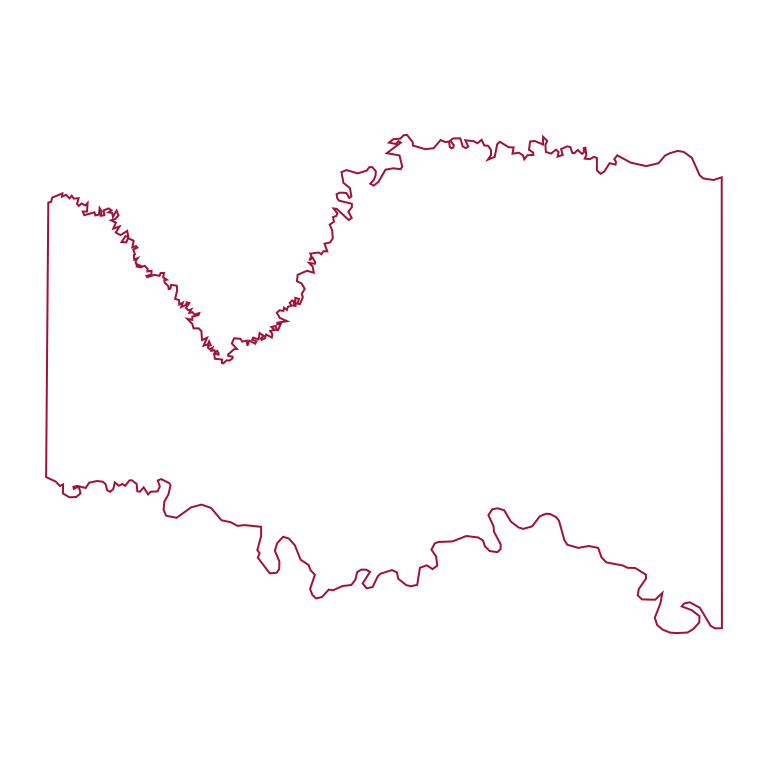 Puerto Arica, Amazonas, Colombia
{"feature_id": "7082276B12752174373355", "entity_name": "Puerto Arica", "entity_type": "district", "adm_level": 2, "iso_a3": "COL", "parent_name": "Colombia", "parent_adm1": "Amazonas", "projection": "mercator", "projection_center": [-71.635, -1.936], "detail": "fine", "context": "isolated", "style": "outline", "palette": "rose", "viewbox_px": 768, "rotation_deg": 0, "n_neighbors": 0, "source": "geoboundaries", "source_scale": "gbopen_adm2", "svg_char_len": 6089}
<svg xmlns="http://www.w3.org/2000/svg" viewBox="0 0 768 768"><path d="M721.9,628.2L721.7,177.3L713.5,180.0L703.2,178.4L699.6,175.2L691.9,157.8L683.6,151.9L677.7,150.9L669.9,153.2L665.0,155.6L658.6,163.2L646.2,166.1L630.9,162.7L617.3,155.4L614.3,159.1L616.0,161.9L615.5,164.6L609.6,163.2L604.3,171.5L600.5,173.8L596.9,170.3L596.9,157.9L593.8,156.9L589.9,159.2L584.7,158.6L586.3,155.2L585.4,147.7L583.7,148.1L584.0,152.2L582.1,153.9L577.7,150.0L574.4,153.1L572.4,153.0L570.3,147.0L567.0,146.4L561.1,149.1L562.7,154.9L557.6,156.7L558.6,152.1L556.1,149.6L551.0,153.6L545.9,152.0L545.4,144.7L547.2,140.9L543.1,136.8L543.0,144.5L534.9,141.0L530.1,141.5L529.0,149.8L533.1,152.5L533.4,154.9L527.3,155.3L524.3,159.3L523.0,155.3L518.8,152.7L512.5,153.7L513.6,147.4L508.9,147.3L499.8,141.8L497.2,144.2L494.7,156.9L487.8,159.7L491.0,155.1L491.0,150.0L488.1,145.8L484.2,145.4L481.6,139.8L477.4,143.3L473.8,141.2L465.3,140.3L468.3,146.6L465.8,148.1L462.7,146.4L460.3,138.4L453.2,138.4L450.3,140.6L453.8,145.2L453.4,147.5L451.4,148.2L449.9,147.2L449.0,141.5L445.2,142.1L440.6,140.0L433.7,148.2L425.3,149.2L413.0,145.6L412.6,142.0L407.0,134.9L403.7,135.2L400.3,138.6L393.3,139.2L389.0,142.6L395.9,144.0L398.5,141.1L400.8,142.6L386.8,153.2L399.5,155.4L402.2,166.6L400.7,169.2L393.2,168.3L385.5,169.7L378.5,181.8L373.7,185.6L370.2,183.7L374.0,179.6L375.6,175.1L375.8,171.2L372.2,167.1L369.3,167.2L366.8,170.5L357.9,173.4L346.6,170.1L341.5,172.1L343.4,182.8L349.9,188.0L351.4,196.5L349.2,198.0L346.4,193.0L340.1,192.6L336.6,194.1L337.1,197.9L339.1,200.7L351.8,203.7L351.9,207.2L348.4,211.6L351.7,218.0L348.7,220.0L336.9,208.9L333.6,208.5L337.4,213.3L336.2,216.0L333.0,217.1L334.0,221.7L329.7,224.6L332.2,230.2L332.8,238.4L330.0,242.5L324.5,243.7L327.3,251.4L323.4,251.3L321.4,254.2L318.7,252.5L310.3,253.6L311.5,256.1L309.3,260.3L312.7,257.8L315.3,262.4L314.7,263.8L309.1,262.9L312.7,266.7L313.8,272.7L306.9,270.8L297.7,274.8L296.9,281.2L301.7,283.5L304.7,288.9L301.8,293.8L302.8,297.3L300.0,304.0L297.4,303.7L299.0,298.9L295.3,297.9L295.5,305.9L293.8,305.6L293.8,301.1L292.2,300.4L289.7,303.0L291.8,305.6L287.9,306.9L286.8,310.0L284.1,307.7L283.4,310.9L279.5,310.3L276.8,312.8L279.8,317.9L287.1,321.2L277.3,322.7L277.3,324.4L280.7,324.0L278.1,330.1L276.7,330.0L275.6,326.0L271.4,327.0L274.7,329.9L270.2,331.0L272.4,334.3L271.8,337.5L266.2,334.5L264.9,338.4L261.6,339.8L260.9,338.4L263.7,335.9L259.6,333.1L258.5,339.4L253.2,337.6L252.2,339.6L256.4,341.2L255.2,343.7L249.2,340.6L247.4,345.8L246.8,340.6L242.4,341.6L240.4,338.8L234.1,338.3L231.8,343.4L236.9,349.0L233.9,349.3L228.1,354.5L228.4,356.1L232.5,356.6L232.6,358.3L229.5,360.6L226.6,360.3L223.3,363.4L221.8,362.9L222.2,359.5L214.9,358.8L214.1,353.8L218.5,354.6L218.6,353.3L217.2,350.9L215.2,352.7L214.5,350.2L211.4,350.8L212.5,347.8L209.9,349.4L208.0,347.7L208.1,346.0L210.7,345.2L209.1,341.4L207.8,344.4L203.6,345.7L207.0,337.8L202.0,340.1L201.4,331.2L198.7,328.3L193.6,328.4L192.2,323.8L187.3,318.8L192.3,319.8L192.3,316.6L198.5,315.1L199.2,313.1L194.5,314.5L192.5,312.2L189.4,312.9L191.3,309.3L188.5,310.3L186.0,308.0L189.3,303.0L186.8,302.3L185.9,305.0L181.2,307.0L182.8,302.7L179.2,304.5L179.1,300.1L175.1,298.8L177.2,290.3L176.7,285.7L171.2,284.9L170.4,288.6L168.7,289.1L168.3,286.1L164.5,282.4L164.3,280.2L166.8,279.7L163.1,277.3L164.0,272.9L160.6,273.1L159.5,275.8L154.3,274.9L147.2,277.2L146.5,275.9L151.4,274.7L151.5,270.8L147.4,271.4L147.7,269.1L144.8,265.8L140.5,267.4L136.7,266.5L136.9,265.2L138.8,266.6L140.8,265.9L136.0,263.8L135.7,260.8L137.6,258.2L134.2,259.6L133.7,255.2L135.0,254.4L133.3,249.5L137.4,247.6L136.0,246.1L132.4,247.3L133.6,240.7L128.1,238.2L126.3,242.3L121.5,242.1L125.4,236.2L128.3,236.9L127.2,230.9L120.5,235.1L115.8,232.5L119.5,226.5L113.3,228.6L115.9,222.6L111.1,220.3L115.5,218.9L118.5,215.4L116.6,210.6L112.9,216.8L112.2,212.9L108.5,212.4L111.4,210.3L108.7,208.4L103.6,210.4L104.4,215.2L100.9,215.8L101.5,211.3L99.6,208.1L99.0,214.6L95.4,215.4L94.4,212.3L84.3,215.2L82.7,211.6L87.0,211.5L87.6,203.0L85.3,205.4L81.4,203.5L78.8,205.9L77.0,204.0L78.6,198.2L73.8,198.6L71.7,195.7L69.5,198.3L66.1,194.8L62.0,196.6L62.4,193.4L52.2,197.6L51.1,201.9L48.3,202.5L46.1,477.1L55.6,481.5L60.0,486.0L63.1,484.4L62.9,493.4L69.4,497.3L76.2,497.0L80.5,493.4L79.2,487.9L77.0,487.1L73.9,488.9L73.4,486.8L77.6,485.9L85.7,488.0L89.1,482.7L97.1,481.0L103.1,481.8L105.7,484.4L107.2,490.3L110.1,491.8L113.3,489.0L114.8,482.4L118.9,485.7L122.4,484.0L125.1,485.9L129.5,480.4L131.9,480.3L136.7,484.0L137.3,491.3L139.9,491.7L143.7,487.4L148.1,494.4L150.8,491.7L157.6,491.4L159.8,486.5L157.8,480.5L161.1,479.1L169.3,483.1L170.5,485.4L168.5,494.3L164.3,501.8L163.6,509.9L166.1,515.7L176.6,517.8L191.2,507.3L201.6,504.6L211.0,507.9L221.5,520.3L230.4,522.1L237.7,525.9L244.3,525.1L261.1,526.8L261.1,536.2L257.3,550.1L259.6,553.3L257.8,557.6L269.7,573.3L276.6,572.8L279.2,569.0L279.4,561.6L274.9,550.7L277.1,543.3L283.1,536.8L289.0,538.6L294.9,545.4L300.6,559.7L308.6,565.0L310.5,570.2L314.9,574.7L310.1,589.0L312.4,595.0L316.1,598.4L322.0,597.0L328.8,589.6L333.0,590.3L342.6,586.0L351.3,585.0L355.4,579.6L357.2,572.1L361.3,569.6L366.3,569.7L370.0,571.9L362.6,583.5L366.6,588.3L372.6,587.0L377.9,576.1L380.7,573.6L392.0,570.1L397.0,572.4L398.2,578.7L406.3,585.2L411.0,586.2L417.2,584.9L419.9,567.8L426.8,565.3L432.5,569.1L437.3,565.6L436.0,556.2L431.4,549.7L434.7,543.5L438.2,542.0L452.4,541.4L466.4,536.0L478.3,537.5L483.1,540.6L484.8,546.2L489.7,551.0L497.4,552.2L500.6,549.0L500.7,544.4L493.9,531.5L493.6,526.4L488.4,515.1L492.4,509.2L497.7,508.3L504.2,510.3L510.8,521.5L518.3,527.3L523.1,528.9L532.1,526.4L539.8,516.3L546.1,513.7L550.3,514.1L555.9,517.0L559.0,520.7L564.3,540.0L567.4,544.8L578.3,547.9L588.8,546.0L598.2,547.9L601.4,557.2L606.4,562.4L622.9,565.5L627.4,567.8L635.2,568.0L645.8,574.6L646.1,578.5L638.8,589.0L637.7,595.3L642.0,599.4L655.2,599.7L662.3,592.9L660.5,603.1L654.8,617.8L657.1,624.9L662.4,629.5L670.0,632.6L676.6,633.1L687.6,632.5L693.5,628.9L699.2,622.5L699.5,616.1L691.5,610.1L681.7,606.4L684.1,603.5L689.8,602.3L699.9,607.8L710.6,625.8L715.1,628.4L721.9,628.2Z" fill="none" stroke="#9f1239" stroke-width="2"/></svg>